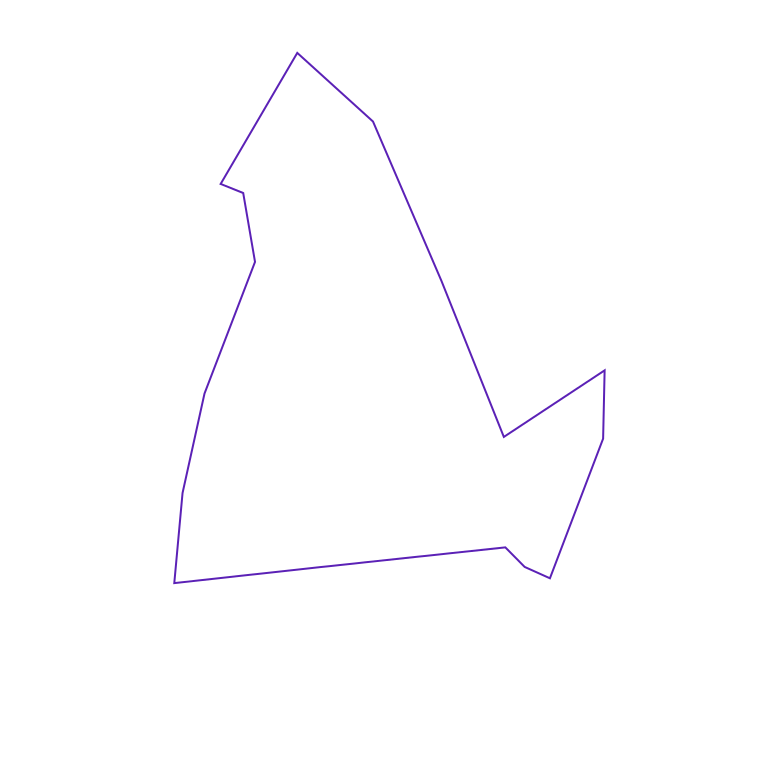 outline of La Trinidad Vista Hermosa, Oaxaca, Mexico, rotated 24°
{"feature_id": "50627088B62865505468510", "entity_name": "La Trinidad Vista Hermosa", "entity_type": "district", "adm_level": 2, "iso_a3": "MEX", "parent_name": "Mexico", "parent_adm1": "Oaxaca", "projection": "natural_earth1", "projection_center": [-97.499, 17.778], "detail": "fine", "context": "isolated", "style": "outline", "palette": "violet", "viewbox_px": 768, "rotation_deg": 24, "n_neighbors": 0, "source": "geoboundaries", "source_scale": "gbopen_adm2", "svg_char_len": 561}
<svg xmlns="http://www.w3.org/2000/svg" viewBox="0 0 768 768"><g transform="rotate(24 384 384)"><path d="M153.4,267.7L177.7,266.8L216.5,324.9L223.9,465.7L244.3,565.5L273.4,651.2L326.0,620.5L327.5,619.6L341.4,611.5L343.5,610.3L350.9,606.0L356.9,602.5L382.1,587.8L400.4,577.1L408.1,572.7L418.6,566.6L430.2,559.9L438.9,554.8L486.0,527.5L489.7,525.4L491.8,524.2L503.7,517.3L511.4,512.8L561.3,483.9L586.9,493.9L614.6,494.0L606.4,344.8L580.0,281.8L515.0,383.6L394.7,266.6L267.2,148.7L170.1,116.8L153.4,267.7Z" fill="none" stroke="#5b21b6" stroke-width="2"/></g></svg>